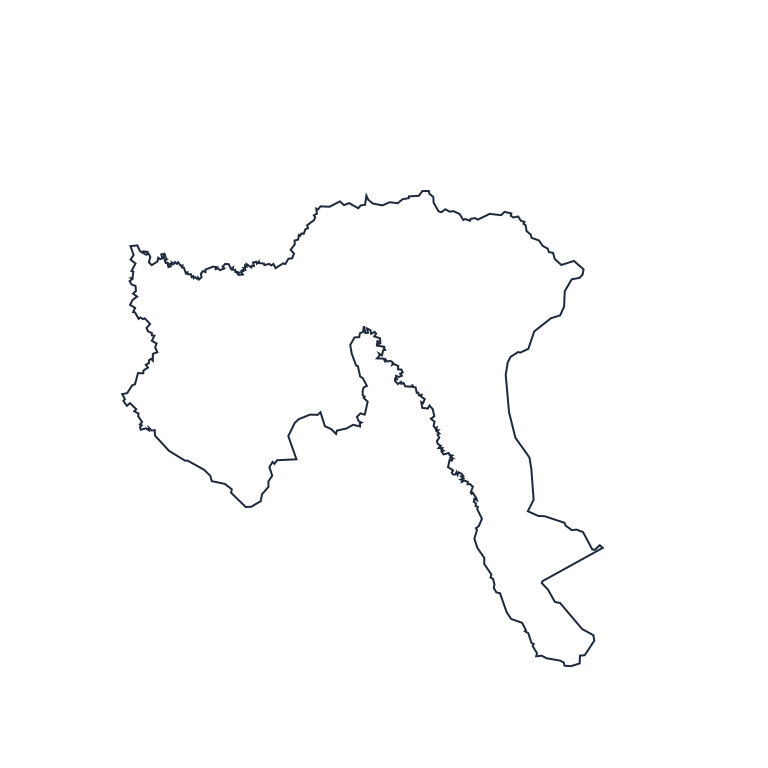 outline of Asutifi South, Brong Ahafo, Ghana, rotated 110°
{"feature_id": "2480657B57037677938762", "entity_name": "Asutifi South", "entity_type": "district", "adm_level": 2, "iso_a3": "GHA", "parent_name": "Ghana", "parent_adm1": "Brong Ahafo", "projection": "robinson", "projection_center": [-2.395, 6.849], "detail": "fine", "context": "isolated", "style": "outline", "palette": "slate", "viewbox_px": 768, "rotation_deg": 110, "n_neighbors": 0, "source": "geoboundaries", "source_scale": "gbopen_adm2", "svg_char_len": 6129}
<svg xmlns="http://www.w3.org/2000/svg" viewBox="0 0 768 768"><g transform="rotate(110 384 384)"><path d="M238.8,504.4L242.7,505.8L242.4,507.6L246.9,505.3L249.5,507.6L250.8,505.7L253.9,505.8L261.1,510.5L263.5,508.8L265.5,510.8L270.3,510.8L270.8,513.1L273.4,513.5L273.1,515.0L277.7,514.1L279.8,517.1L283.3,515.6L289.8,517.7L292.2,513.2L297.3,513.3L299.0,516.7L305.0,517.7L305.2,520.1L312.2,525.5L309.0,529.0L311.1,530.4L310.4,533.0L313.2,537.1L311.9,538.0L313.2,543.1L311.9,543.5L314.4,544.7L312.8,546.0L314.6,548.6L317.6,546.6L318.2,548.7L319.9,548.6L318.3,554.2L320.6,553.3L320.2,555.1L322.2,554.2L323.0,555.7L323.8,554.2L325.2,555.7L325.0,554.0L327.5,556.5L329.4,554.1L331.2,558.1L330.3,559.5L328.9,558.4L328.9,561.6L330.3,561.4L327.6,563.1L328.5,565.6L326.2,565.8L328.1,567.2L324.5,570.9L325.5,574.3L328.9,575.7L330.0,573.6L333.1,577.0L332.1,579.9L334.3,582.0L331.4,580.9L332.1,584.6L337.5,590.9L339.9,590.1L339.9,592.8L343.1,593.8L346.0,592.0L349.1,593.6L347.4,595.5L349.1,595.9L348.2,598.1L349.7,599.0L347.9,600.1L349.3,601.3L346.9,602.8L348.0,606.2L346.3,606.9L347.8,608.0L343.1,611.9L343.6,613.5L341.5,613.9L342.4,615.5L340.0,619.1L341.9,619.7L340.9,622.1L343.0,622.5L342.3,625.1L344.2,624.2L344.4,626.3L346.5,624.7L347.8,626.6L344.1,629.0L344.9,630.4L343.2,632.1L341.2,630.8L341.3,634.1L338.5,634.6L338.8,633.1L336.7,634.8L338.4,637.6L341.8,635.3L343.3,637.1L342.6,639.3L346.3,638.8L351.8,642.9L350.0,646.6L344.7,647.0L342.2,649.5L343.3,651.2L340.7,651.3L341.7,655.3L343.6,653.5L342.7,658.7L338.1,663.2L341.2,669.4L348.3,663.4L353.8,664.7L355.8,658.7L364.3,659.9L364.1,658.0L370.5,656.6L371.1,657.8L371.4,656.4L374.4,658.2L376.8,655.3L376.9,651.0L381.4,648.9L384.9,650.7L386.3,645.9L390.9,649.0L396.5,649.7L397.6,643.9L402.2,644.3L401.9,642.4L406.7,636.9L404.8,635.9L405.4,632.4L404.1,631.3L407.6,624.3L412.6,626.3L415.3,623.7L415.5,619.6L417.7,618.8L417.1,616.3L422.8,616.9L423.7,611.5L427.9,611.6L431.6,607.8L434.7,611.5L441.1,609.2L440.0,611.4L442.1,613.0L444.9,612.1L447.3,614.4L449.3,611.4L453.5,614.6L456.3,613.9L457.9,618.9L469.3,617.9L471.4,620.2L480.4,622.2L483.1,626.5L486.8,622.3L489.0,623.1L492.4,618.1L488.9,616.2L492.4,608.2L495.0,609.4L495.7,604.6L498.4,604.0L502.4,598.3L505.5,599.5L505.7,597.6L508.1,598.6L510.1,596.9L507.1,592.5L507.9,589.1L505.4,590.2L507.2,586.5L505.8,583.6L510.8,581.6L520.3,563.2L524.1,544.8L523.2,542.3L526.1,523.8L529.7,515.8L534.2,512.6L532.3,499.5L535.0,491.0L538.5,490.5L546.9,471.8L544.7,466.7L536.3,459.8L529.3,460.9L520.2,457.4L515.1,459.3L508.4,457.7L501.2,463.3L495.3,462.0L496.5,459.6L492.2,458.4L484.7,440.5L465.7,456.1L451.1,454.6L446.1,452.0L438.0,442.9L435.7,435.8L432.3,434.0L443.9,425.1L444.4,418.3L447.3,412.0L443.9,412.3L438.5,403.9L432.9,399.1L432.1,391.9L429.4,393.2L427.9,391.9L427.6,395.1L424.1,398.2L419.7,396.1L419.4,391.7L417.3,391.8L406.2,393.3L404.0,398.4L402.5,397.8L401.8,400.2L397.4,401.8L394.1,401.9L391.7,399.4L385.8,405.8L385.1,409.0L376.1,414.7L376.2,416.5L366.4,424.8L358.8,429.1L350.3,427.6L348.4,423.3L344.6,424.0L342.1,421.4L336.6,422.8L342.5,418.9L341.3,416.5L337.6,419.1L338.1,415.0L341.3,413.2L338.2,410.6L339.4,408.6L342.6,409.4L342.4,403.4L347.0,401.3L348.1,402.4L345.2,405.0L350.4,403.8L348.7,395.7L349.8,397.0L351.6,394.6L352.6,396.3L357.8,395.7L357.2,398.9L358.2,397.7L362.3,399.3L360.3,393.0L362.2,390.9L360.4,391.0L361.7,388.6L360.1,386.0L360.7,383.0L363.1,382.8L361.8,381.8L362.2,376.8L365.4,375.9L364.5,372.6L366.8,370.4L368.8,372.3L370.2,370.1L372.4,372.7L372.1,375.4L374.6,375.0L375.1,372.5L375.6,375.3L377.4,374.7L379.3,370.8L376.2,368.8L377.9,367.7L376.3,366.0L378.9,363.3L377.5,358.2L374.8,356.4L377.0,356.9L376.4,353.1L381.1,350.2L380.4,348.9L382.6,347.4L381.3,345.0L383.0,345.2L384.2,340.6L388.6,340.7L388.2,342.8L393.3,339.9L392.1,334.4L388.7,333.9L391.0,329.6L397.1,325.7L400.6,328.1L402.2,323.6L406.4,323.1L408.0,320.7L406.9,319.6L409.1,319.5L408.8,317.3L410.3,318.5L411.6,315.0L413.1,316.4L415.6,313.7L419.4,314.8L421.8,313.1L422.7,309.5L425.4,310.7L424.3,307.2L425.8,307.7L426.3,305.3L427.7,306.9L429.8,303.9L426.7,299.6L428.2,298.3L427.8,295.3L430.0,296.6L430.4,293.7L431.7,295.5L432.8,293.3L432.9,296.4L440.2,295.4L441.5,289.6L444.1,290.1L445.4,288.0L444.6,286.0L441.8,285.7L444.2,283.8L441.5,283.6L441.8,280.5L443.3,278.1L444.4,279.9L445.5,277.0L447.5,279.2L447.6,277.3L449.2,277.3L447.2,275.2L447.3,271.7L449.6,271.2L448.6,269.1L450.1,265.4L456.3,265.4L457.2,264.2L455.8,263.4L459.3,258.7L461.4,256.9L461.0,259.8L463.9,259.4L464.7,256.8L467.3,256.2L467.4,253.7L469.7,253.6L477.1,245.9L485.0,246.3L488.1,248.3L489.2,246.7L498.4,246.2L506.1,240.2L513.1,230.3L518.9,228.2L526.2,218.0L529.5,217.6L529.8,214.9L534.6,211.6L538.1,211.1L541.4,207.1L540.9,203.5L556.5,190.7L561.3,184.2L561.2,172.5L566.8,166.5L568.1,167.1L568.8,163.2L576.8,156.9L577.2,154.3L579.4,154.7L584.6,148.2L587.8,147.8L585.4,142.9L586.1,137.4L583.7,123.8L584.2,119.9L587.0,118.0L585.1,111.7L579.7,104.6L572.2,106.9L570.2,102.6L553.2,98.6L548.4,101.4L546.5,114.0L529.6,143.6L530.3,148.9L521.1,159.6L517.1,167.7L515.0,167.6L463.2,122.4L461.7,126.1L467.6,129.1L468.3,131.6L455.1,146.3L455.0,153.4L457.1,157.5L454.9,165.0L452.7,166.8L453.3,187.9L455.2,193.7L454.4,205.3L441.6,203.8L413.2,216.6L403.3,222.2L389.6,242.1L367.7,256.9L333.9,272.7L321.6,275.1L315.3,274.4L308.1,268.9L307.9,266.7L301.6,260.4L283.2,260.8L265.1,249.6L259.3,242.0L249.8,241.2L234.9,245.9L221.4,243.4L217.3,236.4L213.2,234.8L208.0,235.7L203.4,247.6L211.5,258.1L208.2,266.2L203.0,270.0L203.6,274.2L200.8,276.5L200.0,282.0L196.1,287.5L196.2,295.3L193.3,297.4L191.6,302.3L186.4,305.2L185.8,307.7L183.6,307.5L183.8,311.2L180.7,315.3L183.3,319.4L182.5,322.5L180.2,322.7L181.0,329.6L185.3,331.7L188.0,342.9L197.5,352.1L196.9,355.1L199.3,359.2L201.2,359.0L201.2,364.1L202.8,365.7L198.4,371.0L197.8,377.8L199.6,381.2L198.8,386.1L202.9,388.8L203.1,391.8L196.5,399.5L191.4,401.6L189.7,406.4L187.3,407.9L189.6,414.0L195.2,415.6L199.2,424.8L200.9,424.3L204.0,429.7L209.4,433.0L211.3,440.9L216.7,446.6L218.2,456.3L216.2,461.9L213.0,465.0L222.1,463.1L224.2,467.0L227.7,468.3L225.9,478.6L229.6,482.8L227.5,487.9L236.0,495.7L238.8,504.4Z" fill="none" stroke="#1e293b" stroke-width="2"/></g></svg>